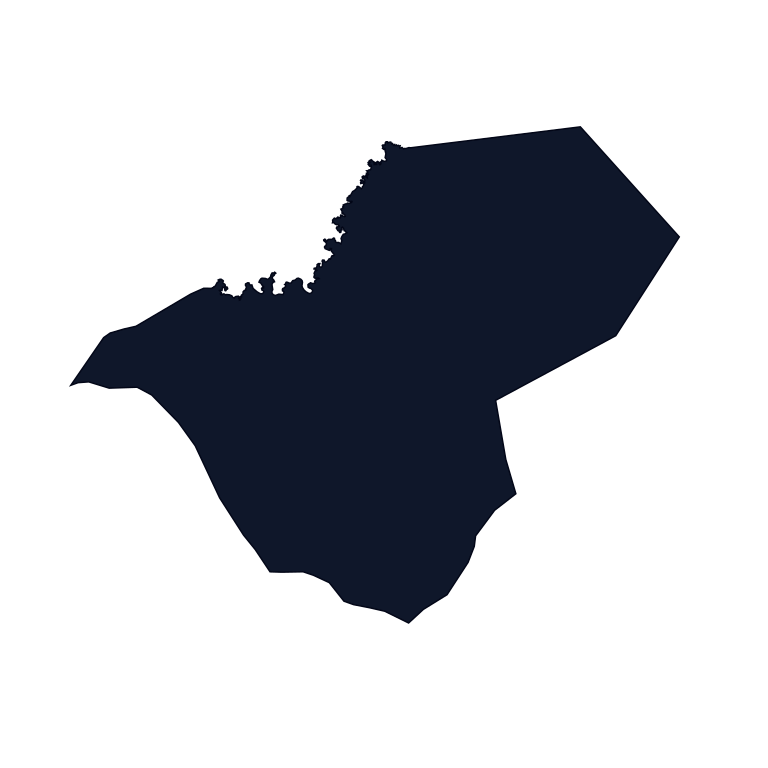 Abadam, Borno, Nigeria (Mercator projection), rotated 353°
{"feature_id": "59680162B89355923746110", "entity_name": "Abadam", "entity_type": "district", "adm_level": 2, "iso_a3": "NGA", "parent_name": "Nigeria", "parent_adm1": "Borno", "projection": "mercator", "projection_center": [13.226, 13.367], "detail": "fine", "context": "isolated", "style": "filled", "palette": "ink", "viewbox_px": 768, "rotation_deg": 353, "n_neighbors": 0, "source": "geoboundaries", "source_scale": "gbopen_adm2", "svg_char_len": 6168}
<svg xmlns="http://www.w3.org/2000/svg" viewBox="0 0 768 768"><g transform="rotate(353 384 384)"><path d="M248.0,556.5L259.7,558.3L280.8,560.5L290.6,565.2L305.5,574.5L317.8,594.7L327.0,599.3L342.4,604.3L357.0,609.6L379.3,624.2L395.6,612.5L420.9,600.8L445.7,571.3L453.8,556.2L456.4,545.9L478.4,522.8L501.5,509.0L495.7,473.8L492.8,413.8L619.9,364.3L695.0,274.0L610.2,152.7L439.3,152.8L437.5,152.4L434.4,153.0L433.1,152.7L432.1,153.1L430.7,151.4L428.5,152.0L428.3,151.3L429.0,149.6L428.4,149.7L427.6,148.9L426.1,149.0L425.4,148.2L424.8,148.7L424.0,148.7L423.8,147.6L422.5,148.3L421.8,146.4L421.0,146.9L420.2,144.7L418.2,144.7L417.2,145.3L416.9,144.0L415.6,143.8L414.6,144.9L414.4,146.8L411.7,146.7L411.3,147.2L412.0,148.8L411.2,149.9L412.4,151.1L413.5,150.6L413.5,153.0L414.0,153.9L413.7,154.5L414.0,155.5L412.7,159.5L414.0,161.5L413.6,162.7L412.3,163.1L411.0,162.9L409.1,161.6L408.7,162.7L407.8,163.6L407.4,163.2L406.9,163.5L407.9,164.9L407.1,165.8L406.6,165.9L405.2,163.4L405.3,162.7L404.8,162.3L402.6,163.4L402.4,163.9L403.2,164.2L403.5,165.2L401.0,165.0L401.4,163.8L400.9,163.2L401.4,162.6L399.6,161.1L399.0,160.0L398.4,160.4L397.9,160.0L396.4,160.9L396.9,161.7L396.2,161.5L395.9,162.1L395.4,162.1L395.1,162.4L395.3,162.8L396.1,162.3L396.7,162.7L396.3,163.5L396.6,164.0L395.2,164.2L396.2,166.0L396.9,166.4L397.9,165.7L398.0,167.1L396.8,169.7L395.1,169.7L393.8,170.4L392.9,170.3L393.8,171.7L393.2,172.7L392.3,172.6L392.0,173.8L392.7,174.1L392.6,173.4L393.3,172.9L394.2,174.0L393.2,174.8L392.1,174.6L392.7,176.3L392.6,177.5L391.7,176.5L391.5,175.1L390.6,175.2L390.1,176.1L388.9,175.1L388.7,175.9L388.3,175.4L387.5,175.8L387.8,177.4L389.5,178.2L389.9,179.7L389.2,181.0L389.5,182.0L389.0,182.2L388.3,181.2L388.5,180.3L387.7,179.2L386.0,178.6L385.5,179.1L386.2,180.2L385.3,181.3L385.4,182.1L385.8,181.9L386.6,182.3L387.9,181.7L388.5,182.8L387.5,185.1L386.7,185.5L386.5,186.4L385.3,187.5L383.5,185.5L382.3,184.7L381.5,184.7L381.1,185.1L381.5,185.7L381.3,186.1L378.4,188.3L376.3,189.2L373.8,192.7L372.9,192.7L372.4,193.0L373.1,193.5L372.9,194.0L371.3,194.1L370.1,194.9L369.7,197.3L370.7,198.1L371.8,198.0L372.5,198.7L374.3,198.7L374.5,199.1L374.2,199.6L373.6,200.0L372.7,199.9L372.6,200.3L371.9,200.5L369.7,200.0L368.9,200.7L367.6,200.6L365.3,201.4L365.5,202.3L365.0,202.7L365.2,203.1L364.8,203.3L365.1,204.1L364.6,204.1L363.5,205.0L362.5,205.2L363.7,208.3L363.1,209.0L363.2,209.5L363.5,209.8L364.2,209.5L364.9,210.8L365.7,211.3L366.0,212.9L365.2,213.1L364.2,212.5L363.5,212.6L362.9,211.4L362.3,211.5L361.8,211.0L361.4,211.4L361.5,212.6L361.0,213.7L359.9,213.2L359.2,213.6L358.7,212.7L358.3,212.7L358.0,213.1L358.3,213.6L357.8,213.9L356.9,213.6L356.3,214.3L354.9,213.3L352.9,215.1L353.0,216.3L352.5,217.7L353.9,217.7L354.8,219.1L356.2,220.1L357.9,220.1L358.1,221.0L358.9,221.3L358.9,222.3L356.3,222.4L355.7,223.5L357.0,226.2L358.7,226.9L358.7,227.2L358.2,227.4L358.5,228.2L359.3,228.3L359.8,227.9L360.1,226.0L361.2,225.8L361.0,223.6L361.8,223.2L362.7,224.2L363.2,227.0L364.2,227.2L364.3,227.9L365.6,229.4L363.0,230.4L361.9,230.4L360.1,232.6L359.1,234.4L359.6,236.8L358.2,239.7L356.3,238.0L354.3,237.8L353.3,237.3L353.3,235.7L352.6,234.9L352.6,233.4L352.2,233.1L351.6,233.0L350.2,234.1L346.6,233.7L345.6,234.2L345.2,235.0L344.5,235.3L344.0,234.9L343.6,233.5L342.9,233.0L341.7,233.6L341.7,234.4L343.7,236.6L344.0,237.8L343.1,239.7L342.0,240.1L341.6,240.8L342.1,242.5L346.0,244.7L346.5,244.4L347.0,242.9L348.4,243.2L347.8,245.3L350.5,249.9L349.7,250.6L348.2,250.3L347.8,250.6L346.1,253.5L344.9,253.0L343.2,254.9L341.2,256.1L340.5,255.9L339.6,253.7L338.1,253.5L337.5,254.5L338.0,255.9L337.5,257.1L337.4,258.5L336.9,259.8L336.1,260.4L334.9,260.2L334.1,259.1L334.0,258.5L335.0,256.7L333.5,256.5L332.1,257.4L332.0,258.8L330.6,261.0L329.7,260.5L328.7,260.7L328.6,261.3L329.8,261.3L329.8,262.5L331.2,263.0L330.8,263.4L329.5,263.4L328.1,265.6L328.5,267.7L327.7,268.4L327.5,269.7L328.6,270.7L330.5,270.4L331.2,271.2L331.9,270.9L332.4,271.5L330.2,271.8L328.3,272.9L327.7,273.7L327.9,275.1L327.5,275.6L325.1,275.5L323.5,274.6L321.3,275.6L320.6,276.2L320.5,278.7L321.7,279.7L323.3,280.4L324.5,282.0L324.5,282.7L324.0,283.9L322.9,284.9L320.7,285.1L317.8,283.0L316.1,281.0L314.9,278.6L314.5,276.7L315.5,273.1L315.3,271.4L314.2,269.9L311.9,268.5L310.5,268.6L308.5,270.0L306.0,270.3L303.9,272.6L301.9,272.2L300.9,271.4L299.6,271.0L299.1,271.2L298.5,272.6L297.6,273.1L298.2,273.6L298.3,275.2L296.7,276.4L295.2,276.9L294.7,277.6L294.6,279.2L295.8,280.0L296.0,280.6L294.8,283.0L290.6,282.0L287.1,282.9L285.1,282.0L284.1,280.6L283.9,279.3L284.1,278.3L285.1,276.7L284.9,271.6L286.2,269.6L287.8,269.2L287.2,267.3L286.2,266.1L286.0,264.8L286.8,263.6L288.2,262.8L288.9,261.5L290.1,260.8L289.1,259.7L288.1,260.4L286.5,260.1L285.1,261.9L284.4,263.9L282.1,265.7L281.2,265.9L279.2,264.8L275.8,264.1L274.7,264.5L273.2,266.1L272.3,267.7L274.0,268.8L275.4,271.8L276.4,272.7L276.1,274.1L275.8,274.1L275.9,273.5L275.5,273.1L274.1,274.2L274.4,276.1L275.8,276.7L276.1,277.5L275.0,279.2L274.0,279.6L272.1,279.2L269.3,277.1L265.7,273.2L264.9,269.5L263.7,269.8L262.3,268.0L262.3,267.2L261.1,266.9L258.8,267.8L258.5,269.0L259.2,270.8L258.9,272.2L258.3,272.8L258.2,274.0L256.8,274.1L255.4,275.3L255.0,277.5L253.4,278.4L253.2,280.4L252.5,280.6L252.9,280.0L252.3,279.6L251.4,280.4L252.3,281.8L251.7,282.9L250.8,283.1L251.1,281.9L250.1,281.4L250.7,279.8L250.2,279.1L247.6,279.1L246.4,279.7L245.9,280.5L244.4,279.5L243.7,277.9L241.4,276.6L238.7,276.0L237.6,276.3L236.6,275.3L235.4,275.0L234.1,275.9L232.7,275.4L232.6,274.6L233.7,274.6L233.7,273.5L232.1,271.1L233.2,271.0L234.6,271.4L235.5,268.2L236.4,268.8L237.8,269.0L237.3,271.2L237.8,272.1L238.4,272.1L239.1,271.1L240.3,270.6L240.5,270.0L240.1,268.8L239.4,269.0L239.0,268.2L237.9,267.7L238.5,266.6L238.2,265.7L236.5,264.2L236.4,263.1L237.1,262.2L236.9,261.7L235.0,260.1L233.4,260.1L232.1,260.6L233.1,261.6L233.0,262.1L230.9,262.8L228.4,266.3L226.9,266.8L226.7,267.5L225.4,267.5L224.8,268.1L216.8,267.0L203.1,271.2L144.8,296.5L132.8,297.7L118.5,300.0L111.4,303.8L73.0,347.1L80.5,345.4L91.2,345.9L110.7,354.6L138.6,357.1L152.1,366.6L175.3,397.1L189.1,422.3L207.0,477.0L226.2,516.9L236.0,532.6L248.0,556.5Z" fill="#0f172a" stroke="#020617" stroke-width="1.5"/></g></svg>